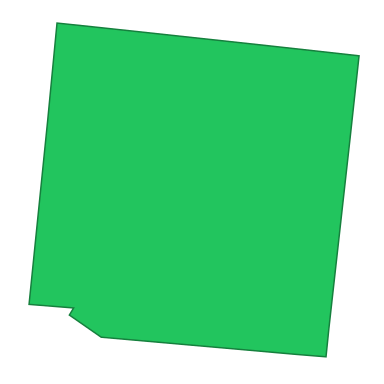 Lawrence, Indiana, United States of America, rotated 96°
{"feature_id": "52423323B62913714602818", "entity_name": "Lawrence", "entity_type": "district", "adm_level": 2, "iso_a3": "USA", "parent_name": "United States of America", "parent_adm1": "Indiana", "projection": "equal_earth", "projection_center": [-86.446, 38.839], "detail": "fine", "context": "isolated", "style": "filled", "palette": "green", "viewbox_px": 384, "rotation_deg": 96, "n_neighbors": 0, "source": "geoboundaries", "source_scale": "gbopen_adm2", "svg_char_len": 328}
<svg xmlns="http://www.w3.org/2000/svg" viewBox="0 0 384 384"><g transform="rotate(96 192 192)"><path d="M314.0,41.6L121.0,40.4L39.1,40.1L38.6,127.2L38.1,300.6L38.1,343.9L136.0,343.0L320.8,342.3L319.7,297.6L327.2,301.1L345.9,267.1L342.6,71.2L341.9,41.5L314.0,41.6Z" fill="#22c55e" stroke="#15803d" stroke-width="1.5"/></g></svg>